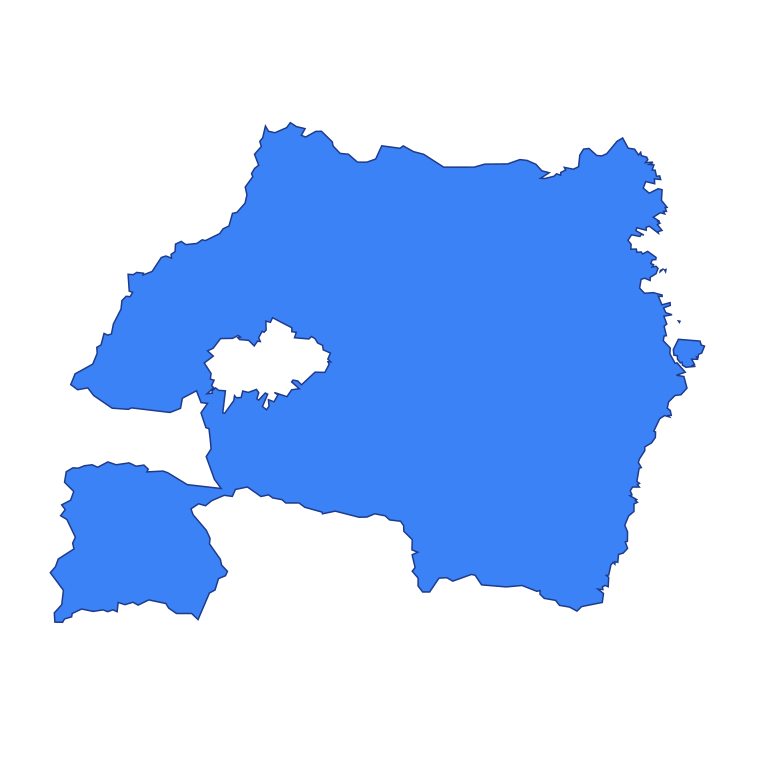 Malang, Jawa Timur, Indonesia, rotated 275°
{"feature_id": "22746128B8866265958554", "entity_name": "Malang", "entity_type": "district", "adm_level": 2, "iso_a3": "IDN", "parent_name": "Indonesia", "parent_adm1": "Jawa Timur", "projection": "robinson", "projection_center": [112.621, -8.113], "detail": "fine", "context": "isolated", "style": "filled", "palette": "blue", "viewbox_px": 768, "rotation_deg": 275, "n_neighbors": 0, "source": "geoboundaries", "source_scale": "gbopen_adm2", "svg_char_len": 6142}
<svg xmlns="http://www.w3.org/2000/svg" viewBox="0 0 768 768"><g transform="rotate(275 384 384)"><path d="M174.6,596.0L179.5,600.3L185.4,620.5L194.5,620.9L198.3,614.9L198.3,620.0L201.0,619.3L202.6,621.7L201.6,625.0L211.0,624.7L212.7,622.2L213.3,624.5L223.5,625.8L226.3,627.8L224.6,629.7L227.2,629.6L226.7,632.4L234.7,632.5L236.3,636.9L241.4,641.0L247.7,638.1L248.5,640.2L257.9,639.5L264.3,636.2L273.9,639.2L278.8,644.1L286.3,643.5L288.3,646.8L289.9,644.5L290.9,645.8L294.2,638.6L295.2,640.7L299.1,638.6L303.0,640.6L303.6,647.3L305.8,645.2L307.3,647.2L308.9,644.4L322.2,645.5L323.2,647.6L328.0,644.2L331.5,645.0L340.3,649.6L344.1,649.3L348.7,655.7L354.4,659.0L359.9,658.7L360.6,656.9L373.5,661.7L377.0,666.3L376.1,671.2L377.3,669.9L377.8,672.9L382.6,671.5L384.6,668.3L391.0,669.1L397.9,674.9L399.2,680.8L406.3,686.2L417.6,682.1L418.2,674.5L422.0,683.1L430.6,674.1L430.0,672.2L438.9,666.2L444.8,666.0L451.5,658.4L456.3,658.9L456.7,661.1L466.0,658.0L468.4,660.5L475.9,656.9L478.1,664.9L479.6,658.5L484.2,655.9L487.3,662.4L490.0,661.9L487.1,654.0L495.4,649.6L495.4,653.4L496.9,653.3L498.5,644.3L497.1,635.6L501.8,630.3L510.7,631.0L512.1,634.5L510.3,640.1L513.5,639.9L517.6,645.4L523.1,646.9L525.0,644.7L523.9,640.9L526.4,642.1L527.2,639.3L531.0,640.3L531.6,643.9L533.8,644.0L539.1,635.1L536.1,630.3L538.0,628.6L537.2,624.5L540.4,623.6L539.8,618.1L544.7,618.0L548.4,614.5L554.2,617.6L553.3,626.1L555.4,627.2L555.0,629.9L558.8,621.5L561.7,622.3L560.0,631.8L563.0,631.5L564.3,634.6L558.1,644.3L559.8,643.8L561.2,647.6L566.7,642.4L568.3,644.9L570.0,641.8L569.9,644.5L573.6,637.7L578.7,644.3L577.9,648.8L580.2,647.4L580.6,650.3L584.1,648.7L584.6,650.6L591.1,644.4L601.8,644.1L602.4,640.1L597.2,631.6L601.7,625.2L608.5,627.1L607.1,636.2L611.9,635.5L611.8,641.8L615.3,640.5L614.7,637.3L620.6,635.5L620.6,632.5L625.8,633.8L625.8,629.0L627.7,632.2L628.4,631.9L627.3,625.1L630.4,627.3L632.9,625.9L633.9,620.5L637.2,619.5L634.3,617.6L639.8,613.2L640.2,606.7L649.9,600.3L646.1,595.0L632.9,585.9L630.2,581.1L630.2,576.0L636.5,567.7L635.4,562.3L629.1,559.1L617.4,558.9L614.5,553.9L615.5,544.7L613.0,546.3L610.1,541.6L607.4,541.8L608.4,537.5L605.8,535.3L602.7,526.2L602.6,522.1L608.9,530.2L610.1,522.7L616.1,516.2L619.2,507.1L619.4,499.8L614.0,487.9L611.8,465.1L607.9,455.0L605.2,424.6L616.3,403.5L618.1,393.0L622.9,382.4L620.2,379.4L621.1,361.0L607.4,356.1L603.5,347.6L602.7,338.2L609.8,328.5L609.9,320.2L616.7,312.5L620.7,311.4L630.3,299.7L629.7,294.0L623.2,284.4L624.5,280.0L631.5,283.1L632.8,274.2L636.2,267.9L630.9,264.7L624.8,253.4L625.7,246.9L630.7,243.4L618.7,241.7L614.9,239.1L609.9,241.1L601.6,235.0L591.0,240.1L587.5,236.3L582.1,233.7L579.1,235.2L568.1,228.6L560.4,231.0L552.0,229.8L542.1,222.5L540.8,218.2L527.9,215.8L524.6,210.2L519.5,207.2L511.3,193.6L511.8,190.3L507.7,185.3L505.6,174.4L508.4,169.6L505.2,164.1L497.6,164.3L494.6,160.6L490.9,161.3L492.5,155.5L490.6,151.1L475.9,143.2L471.6,134.4L473.4,134.7L473.6,127.9L471.1,124.8L471.0,119.5L454.3,122.1L453.4,125.6L448.9,123.5L448.9,119.5L444.2,115.6L435.7,115.5L420.3,109.2L410.1,108.1L408.6,104.6L410.0,100.7L398.3,98.7L395.5,94.7L389.5,95.6L378.4,92.1L367.2,75.4L356.1,72.0L351.6,79.3L354.3,89.3L347.2,95.8L336.2,115.3L336.5,131.6L338.2,134.6L337.0,173.3L342.0,183.4L352.3,184.4L360.9,197.8L349.5,203.4L349.3,209.9L339.3,204.2L325.0,210.4L324.3,213.5L313.3,215.8L304.2,217.4L296.2,213.2L274.2,223.4L265.7,230.9L266.6,196.8L276.7,176.4L278.0,171.6L275.8,155.5L278.6,156.6L282.3,151.9L280.5,144.2L283.2,137.0L280.2,124.2L282.3,115.7L276.1,106.0L278.1,100.3L276.5,92.8L273.5,86.8L273.4,81.4L268.9,75.1L258.3,74.3L249.9,84.3L240.9,81.9L235.5,73.4L231.1,77.4L224.6,73.3L221.4,79.9L204.5,89.9L198.3,87.7L192.7,89.5L181.2,74.7L173.4,72.7L167.0,68.0L150.6,82.6L136.1,82.2L127.2,75.5L118.1,76.9L118.6,84.6L122.1,86.2L124.8,93.1L128.2,93.4L133.5,102.4L132.1,114.0L134.5,123.9L133.1,128.6L135.4,133.6L133.9,138.0L143.2,138.2L141.6,145.2L144.7,152.9L142.3,158.3L148.4,168.5L146.3,185.9L142.0,189.0L137.3,197.2L138.6,212.4L133.1,219.3L160.6,228.3L164.0,233.6L175.7,236.1L179.2,242.8L183.7,244.4L189.4,238.0L195.0,236.3L209.5,224.1L215.2,224.1L222.8,219.7L237.1,205.2L242.8,202.6L248.5,209.7L247.2,216.8L252.8,222.6L259.2,234.5L258.8,242.7L266.0,245.2L269.5,256.9L261.2,271.2L263.5,278.6L260.8,283.1L259.9,292.5L256.9,296.5L258.1,309.7L254.3,315.8L251.0,333.4L249.3,334.0L253.1,346.5L249.1,370.7L250.0,378.7L253.9,386.1L252.8,396.6L249.1,401.4L248.7,412.5L244.6,415.9L239.0,416.6L231.4,425.7L221.2,426.3L219.4,432.3L216.3,426.9L203.8,431.0L200.0,428.4L193.6,434.9L185.8,435.5L180.2,440.6L180.8,447.6L195.4,455.7L196.5,463.5L193.6,469.7L201.9,487.7L201.4,491.5L192.4,498.7L192.5,523.3L195.3,539.1L190.8,554.3L191.8,557.5L188.2,557.7L184.4,562.3L183.4,573.8L178.8,578.1L177.9,588.4L174.6,596.0ZM351.0,264.9L363.7,269.0L364.7,266.5L357.0,260.5L358.2,258.6L364.4,260.0L367.5,257.4L363.8,249.5L364.7,243.9L358.0,242.8L357.5,238.0L359.4,236.1L354.4,235.8L340.9,227.8L341.2,225.9L363.4,226.6L363.3,219.8L365.4,216.6L362.3,213.3L359.9,213.8L358.8,208.5L365.5,214.6L367.3,212.4L373.0,214.4L373.7,210.6L379.4,210.8L389.3,203.1L396.9,211.5L401.7,205.3L404.7,210.7L415.0,217.2L416.3,229.3L419.7,234.4L418.2,236.9L417.5,234.3L415.7,236.2L415.7,245.4L410.6,251.4L415.6,254.2L415.5,257.1L419.2,255.1L425.8,258.0L425.1,260.0L427.5,261.9L436.3,260.8L435.6,265.5L440.3,267.2L432.0,287.3L428.1,287.6L427.8,292.1L422.3,290.8L422.3,305.2L425.0,307.7L423.0,311.5L419.1,314.3L417.1,319.5L412.7,320.5L410.2,327.9L403.9,325.9L401.4,328.9L401.3,326.2L398.8,327.6L390.4,324.1L389.8,314.3L376.0,301.9L379.5,297.8L380.0,293.0L378.0,291.8L371.9,300.0L370.2,292.5L362.9,288.4L366.0,275.5L363.9,279.3L356.7,276.0L358.3,270.2L351.8,271.4L348.1,269.2L351.0,264.9ZM443.5,669.2L438.0,670.3L437.7,673.8L434.3,674.2L430.9,677.4L431.6,679.0L428.8,679.7L427.0,683.3L428.7,692.8L429.1,689.6L430.5,691.6L435.6,688.3L435.9,694.1L438.2,693.0L437.7,694.6L440.9,694.7L442.5,697.8L449.7,700.0L450.4,696.7L454.3,695.1L454.2,673.4L443.5,669.2ZM523.2,652.5L521.1,649.4L519.9,649.3L523.2,652.5ZM471.1,672.9L472.3,673.4L472.5,671.8L471.1,672.9ZM522.7,654.9L522.1,653.6L520.4,654.7L522.7,654.9Z" fill="#3b82f6" stroke="#1e3a8a" stroke-width="1.5"/></g></svg>